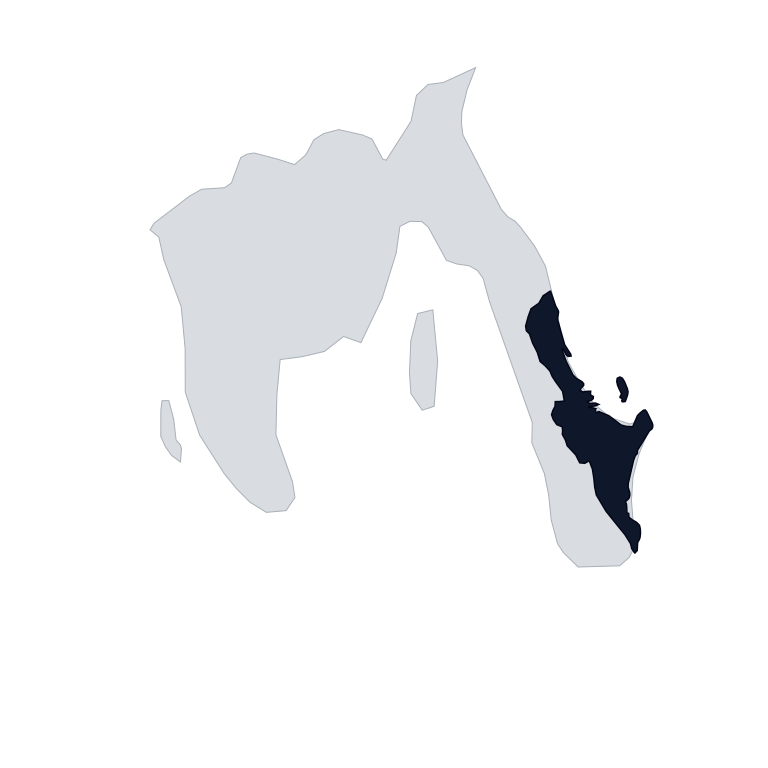 Sud highlighted on a map of Haiti, rotated 244°
{"feature_id": "HTI-1362", "entity_name": "Sud", "entity_type": "Department", "adm_level": 1, "iso_a3": "HTI", "parent_name": "Haiti", "parent_adm1": "", "projection": "robinson", "projection_center": [-73.723, 18.228], "detail": "fine", "context": "in_parent", "style": "filled", "palette": "ink", "viewbox_px": 768, "rotation_deg": 244, "n_neighbors": 0, "source": "natural_earth", "source_scale": "10m", "svg_char_len": 3512}
<svg xmlns="http://www.w3.org/2000/svg" viewBox="0 0 768 768"><g transform="rotate(244 384 384)"><path d="M625.2,241.3L629.3,247.8L638.1,291.5L639.0,305.5L630.3,326.7L631.6,335.0L650.3,354.5L650.7,361.5L648.5,368.6L632.6,387.1L620.4,399.8L624.3,414.3L634.3,428.1L635.5,439.6L632.5,454.8L617.3,473.8L609.4,480.6L586.7,481.4L584.2,484.1L595.5,502.6L608.3,523.5L629.2,539.7L633.9,555.0L629.0,569.4L628.2,605.1L612.2,587.8L594.6,573.3L584.0,567.7L573.1,564.1L489.5,566.0L480.1,568.5L472.9,573.1L465.0,575.5L442.1,579.8L419.2,580.8L365.7,569.1L344.6,563.0L323.3,559.2L298.8,560.5L274.5,564.0L255.0,572.4L240.4,587.2L237.7,601.0L229.1,604.6L209.4,582.6L191.3,567.0L170.7,555.3L128.4,538.6L120.7,528.5L117.3,516.1L134.4,478.3L153.8,471.3L164.5,470.0L188.5,474.7L211.9,483.3L233.3,488.9L266.4,491.1L284.4,500.4L411.4,514.9L435.6,519.4L445.0,517.8L453.1,512.2L460.0,502.0L467.8,494.3L505.5,492.6L513.4,489.2L518.9,478.5L518.7,467.4L496.5,452.5L461.8,419.9L431.3,381.4L444.4,368.5L439.4,344.8L444.3,322.9L451.5,301.4L421.3,283.0L385.7,264.6L336.2,258.9L321.0,254.2L313.1,240.5L320.2,222.0L336.3,211.8L354.6,205.5L373.4,201.1L418.8,195.9L463.8,201.8L502.8,220.7L542.3,235.6L592.3,240.6L614.8,246.0L625.2,241.3ZM432.6,445.1L429.3,460.4L381.1,442.3L342.0,419.3L343.7,406.9L363.6,404.0L382.7,411.7L411.0,427.0L432.6,445.1ZM458.7,172.2L466.3,177.2L463.4,183.3L444.4,179.5L424.8,172.6L418.4,174.3L414.4,173.5L403.0,166.8L413.0,161.7L423.4,160.0L434.8,160.4L458.7,172.2Z" fill="#d9dde1" stroke="#a8b0b8" stroke-width="1"/><path d="M394.4,574.4L378.8,572.5L373.8,572.8L372.2,572.5L366.7,568.7L365.1,568.1L340.1,563.6L328.8,564.9L327.1,564.4L328.1,561.5L330.6,560.5L337.4,560.5L337.4,559.2L324.8,557.7L309.5,557.8L305.1,559.2L299.0,563.1L296.7,563.6L295.2,562.8L293.6,558.8L292.2,557.6L289.7,559.2L288.3,563.5L286.9,566.6L284.4,565.1L283.2,565.1L281.0,566.7L279.1,565.6L278.3,562.7L279.2,559.2L276.5,560.1L274.2,565.7L271.5,568.1L271.6,565.1L272.2,562.5L274.1,557.6L272.6,558.9L270.4,562.0L268.9,563.6L268.8,563.1L267.7,562.6L265.6,562.1L265.0,562.5L265.0,563.4L265.3,564.4L265.0,565.1L256.8,572.3L243.3,579.1L239.9,582.9L236.6,588.8L244.5,598.0L245.7,601.4L246.7,605.7L246.2,607.4L243.7,608.0L231.3,608.0L229.4,607.6L227.6,606.7L226.2,605.2L225.5,602.0L213.4,583.0L212.8,582.5L211.4,581.8L210.8,581.4L210.1,580.6L209.9,579.9L209.8,579.2L209.3,578.3L205.8,574.7L187.6,560.0L184.3,558.2L178.5,557.2L176.1,556.1L174.1,554.4L173.2,552.4L172.8,550.1L171.7,549.4L170.1,549.3L168.2,548.7L163.3,546.6L161.7,545.6L160.5,547.2L156.9,545.8L153.1,547.6L149.1,550.3L145.0,551.7L141.5,550.9L137.2,549.0L133.6,546.7L132.0,544.9L130.4,542.5L123.3,538.6L122.1,535.4L122.8,535.1L127.3,534.5L132.5,535.6L143.0,534.5L153.3,532.1L172.2,527.8L191.3,526.2L199.3,528.3L207.1,531.2L216.1,534.0L225.0,534.8L224.7,529.7L227.3,525.4L231.7,525.3L236.0,525.3L242.1,523.5L248.1,521.6L254.2,522.5L260.5,522.2L264.2,524.3L267.4,525.4L271.7,521.5L277.8,520.6L282.9,521.1L286.2,524.2L288.9,527.9L293.1,530.2L291.4,533.9L289.6,538.6L299.1,541.3L311.1,539.2L317.1,538.5L323.0,538.8L329.8,536.8L335.7,534.2L345.5,535.7L355.5,535.5L360.4,536.1L365.2,536.7L369.5,535.3L374.0,536.7L381.2,543.0L387.2,549.2L388.7,558.6L393.6,565.8L394.0,569.6L394.6,573.3L394.4,574.4ZM277.3,593.2L280.5,593.4L284.2,594.3L286.9,596.1L286.9,599.1L284.6,600.8L280.7,601.2L273.4,600.7L270.1,600.0L267.2,598.0L262.5,593.2L263.1,591.1L263.9,590.2L265.0,590.5L266.2,591.9L268.4,590.2L269.4,590.8L270.2,592.3L271.5,593.2L277.3,593.2Z" fill="#0f172a" stroke="#020617" stroke-width="1.5"/></g></svg>